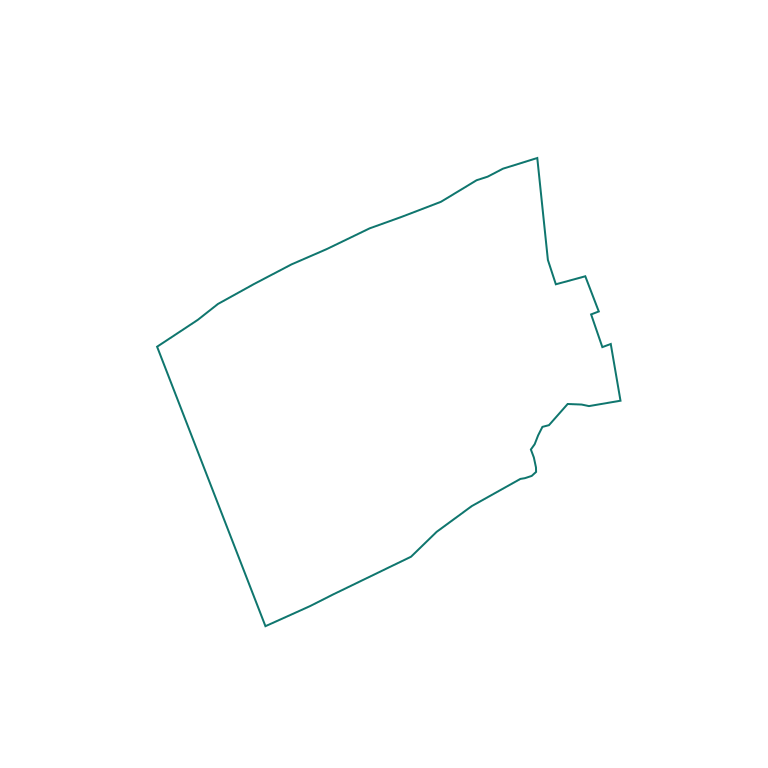 the district of Teava, Tuvalu, rotated 115°
{"feature_id": "33948139B9471758072571", "entity_name": "Teava", "entity_type": "district", "adm_level": 2, "iso_a3": "TUV", "parent_name": "Tuvalu", "parent_adm1": "", "projection": "mercator", "projection_center": [177.337, -6.111], "detail": "fine", "context": "isolated", "style": "outline", "palette": "teal", "viewbox_px": 768, "rotation_deg": 115, "n_neighbors": 0, "source": "geoboundaries", "source_scale": "gbopen_adm2", "svg_char_len": 718}
<svg xmlns="http://www.w3.org/2000/svg" viewBox="0 0 768 768"><g transform="rotate(115 384 384)"><path d="M114.4,340.6L138.6,367.2L152.3,377.7L160.2,386.2L194.8,409.4L224.8,438.4L249.0,462.8L285.9,492.9L299.7,505.1L314.7,518.4L348.1,543.9L381.6,568.3L404.6,579.9L446.1,605.4L653.6,389.1L616.7,357.3L596.0,341.0L571.8,321.3L547.6,301.6L529.1,286.5L495.7,273.8L464.0,256.4L457.6,252.9L412.4,220.3L409.8,216.5L404.9,211.3L399.4,209.0L395.4,211.0L387.3,217.1L381.3,223.2L374.9,222.0L365.4,222.6L355.9,222.3L351.6,217.1L324.5,209.1L319.1,196.2L317.4,188.9L299.2,162.6L251.9,195.4L258.3,201.7L233.4,225.7L227.5,220.0L201.3,247.1L221.0,270.4L202.3,287.9L114.4,340.6Z" fill="none" stroke="#0f766e" stroke-width="2"/></g></svg>